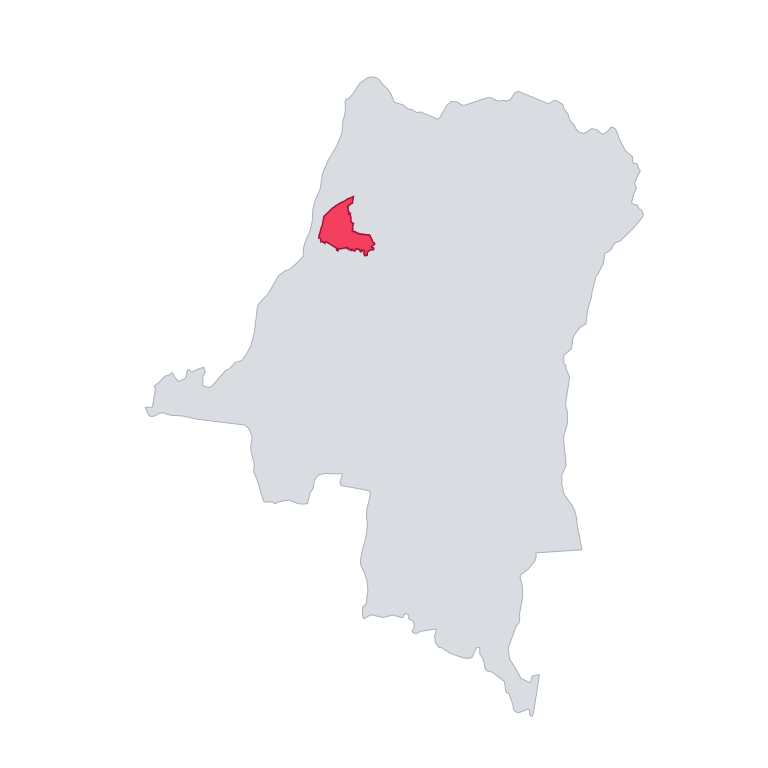 location of Bolomba, Équateur, Democratic Republic of the Congo, rotated 8°
{"feature_id": "63176286B53001735211155", "entity_name": "Bolomba", "entity_type": "district", "adm_level": 2, "iso_a3": "COD", "parent_name": "Democratic Republic of the Congo", "parent_adm1": "Équateur", "projection": "equal_earth", "projection_center": [19.536, 0.592], "detail": "fine", "context": "in_parent", "style": "filled", "palette": "rose", "viewbox_px": 768, "rotation_deg": 8, "n_neighbors": 0, "source": "geoboundaries", "source_scale": "gbopen_adm2", "svg_char_len": 8936}
<svg xmlns="http://www.w3.org/2000/svg" viewBox="0 0 768 768"><g transform="rotate(8 384 384)"><path d="M603.1,520.6L557.9,530.1L558.7,533.6L558.3,537.2L557.1,540.0L552.4,547.5L545.5,554.4L545.5,556.0L548.8,563.7L550.9,574.2L550.2,592.8L551.1,597.8L550.9,601.7L548.5,606.0L543.7,628.3L546.7,639.0L555.4,649.1L560.5,656.5L569.3,659.2L570.7,658.8L571.3,652.6L578.3,650.2L577.8,689.7L577.3,692.0L576.0,692.5L574.3,691.2L573.8,687.4L572.0,685.8L563.4,690.7L561.2,690.6L558.9,689.7L557.2,687.7L556.7,684.7L550.9,673.2L547.9,672.4L544.7,662.0L531.3,654.4L526.2,653.8L523.5,651.5L520.9,643.3L516.5,638.1L515.5,632.2L514.6,631.4L511.9,632.6L509.5,641.8L506.4,644.0L500.9,644.2L487.1,641.5L477.2,636.8L474.7,637.1L470.7,632.8L469.2,625.7L470.1,620.2L469.4,619.4L454.3,624.0L450.6,626.8L447.2,626.1L446.2,624.6L447.7,620.8L447.0,616.7L445.9,614.8L441.4,613.3L440.1,608.9L437.3,608.3L436.4,608.9L435.7,611.9L434.1,612.9L425.1,611.5L415.7,615.3L403.2,614.3L397.2,619.0L396.3,618.8L395.1,616.5L393.9,609.0L394.5,606.9L396.4,605.4L397.1,602.4L396.5,594.6L397.0,592.8L396.3,588.2L394.5,581.1L391.8,575.3L386.2,566.5L385.2,562.4L385.6,552.5L387.5,537.0L387.3,525.4L385.0,517.9L384.5,509.8L386.0,495.2L384.5,491.7L355.9,490.5L354.7,489.4L354.2,487.4L355.5,478.7L338.0,480.9L332.8,482.6L329.6,486.1L328.5,490.5L328.4,496.9L325.7,502.9L325.0,513.1L320.2,514.3L315.3,514.3L306.0,512.1L297.0,515.0L292.5,517.7L290.2,516.4L282.1,517.5L281.0,516.7L271.7,496.5L267.5,489.8L266.7,486.5L267.0,483.4L265.9,479.2L261.6,468.8L260.7,464.0L260.9,456.4L260.4,453.9L256.5,447.3L253.9,445.2L251.1,444.0L204.2,444.9L188.8,443.7L177.5,444.6L171.7,444.0L170.2,443.1L165.0,444.4L162.3,447.2L158.2,448.6L155.7,448.0L150.8,440.5L157.5,439.2L157.9,438.5L158.3,420.5L156.6,417.9L160.1,414.8L165.8,406.9L171.3,404.1L172.1,402.4L173.3,402.5L175.3,405.9L180.1,410.2L186.1,406.4L186.7,405.3L187.4,397.6L188.9,396.9L191.5,398.6L192.9,398.6L195.5,396.4L203.1,392.5L205.4,397.4L203.3,401.9L204.2,405.1L204.4,410.0L205.7,411.1L211.7,411.7L213.5,410.5L225.3,392.7L228.5,390.7L233.5,383.6L240.1,380.4L243.0,374.9L246.8,364.9L248.5,350.6L247.9,325.9L248.5,322.5L256.4,311.4L264.7,291.1L270.3,285.8L274.5,283.7L280.9,276.3L286.1,268.8L285.4,259.8L286.6,252.4L289.4,243.0L290.3,232.9L289.3,222.4L289.8,213.8L293.6,200.0L293.9,184.3L297.3,171.0L304.2,154.2L307.4,141.7L306.8,129.3L307.7,120.3L307.3,114.9L306.1,110.3L306.7,107.3L309.3,106.1L312.5,101.5L318.3,89.4L324.6,83.5L328.9,81.6L333.4,81.8L336.4,82.9L341.2,87.6L346.6,91.4L350.7,96.1L354.8,103.5L364.5,105.1L368.6,107.8L371.2,108.8L372.1,108.1L374.1,108.5L378.7,110.7L382.4,109.5L400.4,114.3L402.4,111.9L407.4,99.2L411.1,94.9L417.3,94.5L422.1,96.9L424.7,96.9L446.7,86.0L449.6,85.5L457.6,88.1L462.8,86.4L464.9,86.9L469.4,85.0L473.1,77.4L476.1,75.5L507.9,83.7L512.7,79.7L515.0,79.3L522.1,82.2L524.2,86.9L528.5,90.9L531.6,97.5L536.3,101.2L538.7,104.7L541.5,107.2L547.2,108.1L554.5,102.1L559.7,102.7L564.9,106.0L566.7,105.8L570.6,102.3L572.7,98.6L574.7,97.8L577.8,99.4L580.3,102.9L582.5,108.0L590.5,119.3L598.2,124.2L600.2,131.1L602.9,130.5L604.3,131.1L606.3,135.5L607.7,136.4L608.0,138.2L606.1,142.4L604.3,150.3L606.7,155.2L604.7,162.3L603.8,169.7L606.3,171.5L609.5,171.4L612.4,175.2L614.8,175.8L617.2,179.9L616.6,183.2L609.1,195.2L597.7,209.8L593.9,211.6L591.9,214.3L590.5,218.6L587.2,222.2L584.6,223.6L584.4,234.2L580.6,245.2L579.1,247.4L577.1,265.3L577.4,268.3L575.3,282.9L575.6,296.5L570.1,300.8L566.3,307.4L564.7,312.1L564.7,323.1L558.4,329.9L558.0,331.4L559.5,339.2L561.8,340.4L561.8,343.0L566.9,351.4L566.5,377.1L566.8,379.7L569.4,385.8L571.1,397.4L569.1,412.2L575.8,439.3L572.7,449.3L574.1,458.8L578.1,468.8L587.7,478.6L590.3,482.6L592.7,488.1L594.9,496.5L603.1,520.6Z" fill="#d9dde1" stroke="#a8b0b8" stroke-width="1"/><path d="M327.6,202.6L326.5,203.2L325.9,203.8L325.6,204.0L323.9,204.9L323.2,205.3L322.6,205.6L321.8,206.1L320.3,207.6L318.9,208.8L318.2,209.2L317.8,209.3L317.5,209.5L316.1,210.6L315.2,211.0L314.4,211.8L313.9,212.0L313.0,212.9L312.5,213.6L312.3,213.7L311.5,214.0L310.0,216.0L309.2,216.3L308.9,216.5L302.6,224.7L301.6,225.7L301.5,226.2L301.2,227.1L301.1,227.4L301.0,227.8L301.0,228.0L301.2,229.7L301.1,230.0L301.1,231.4L300.9,232.3L300.9,233.2L300.9,233.7L300.9,233.9L300.9,234.1L300.9,234.4L300.9,234.8L301.0,235.3L301.0,235.5L300.8,236.0L300.8,236.4L300.6,236.7L300.5,237.0L300.3,237.2L300.2,237.6L300.0,238.2L299.9,238.7L299.9,239.1L300.1,239.5L299.8,241.1L299.6,241.8L299.6,242.4L299.6,242.9L299.5,243.2L299.4,243.7L299.3,244.0L299.1,245.9L299.1,246.9L299.1,247.1L299.0,247.3L299.2,247.8L299.2,248.4L299.5,248.2L300.1,248.3L300.7,248.8L301.0,249.2L301.2,250.2L301.2,250.8L301.8,251.6L301.8,251.9L302.5,251.4L303.2,251.6L303.3,251.7L303.4,252.0L303.6,252.1L303.9,251.6L304.1,251.6L304.7,252.3L305.3,252.6L305.8,253.0L305.8,252.7L305.9,252.4L306.1,252.1L306.5,251.8L306.6,251.1L314.7,254.6L315.5,255.0L316.6,255.5L318.4,256.3L318.2,257.4L318.4,257.9L318.5,257.8L318.8,257.8L319.1,258.2L319.6,258.5L319.8,258.6L320.0,258.5L320.0,258.3L320.1,258.1L320.0,257.8L319.7,257.6L319.6,257.0L319.7,256.8L319.8,256.6L320.5,256.3L321.1,256.3L321.9,256.2L322.0,256.3L322.2,256.2L322.5,256.1L322.8,256.0L323.3,255.8L323.7,255.7L323.9,255.7L324.3,255.3L324.8,255.0L325.0,255.0L325.3,255.1L326.0,255.0L326.5,254.4L327.0,254.3L327.3,254.3L327.5,254.1L327.9,254.6L328.0,254.9L328.2,255.0L328.3,255.0L328.5,254.5L328.7,254.3L328.8,254.3L329.1,253.8L329.3,253.8L329.6,254.5L329.9,255.1L330.0,255.3L330.3,255.4L330.5,255.7L330.6,255.8L330.8,255.9L331.2,255.9L331.3,255.8L332.0,255.5L332.4,255.7L332.6,256.1L332.8,256.4L333.0,256.4L333.3,255.8L333.3,255.6L333.2,255.1L333.3,255.0L333.5,255.4L333.6,255.5L334.2,255.4L334.4,255.4L334.4,255.5L334.6,255.8L334.9,256.2L335.2,256.3L335.7,256.4L336.8,256.2L337.1,255.2L336.9,255.3L336.8,255.2L336.9,254.8L337.1,254.6L337.4,254.7L337.8,253.9L338.4,253.7L338.6,253.8L338.8,253.8L339.1,253.9L339.1,254.2L339.2,254.3L339.5,254.3L339.7,254.0L339.8,254.0L340.0,254.1L340.4,254.2L340.8,254.2L341.0,254.3L341.3,254.8L341.5,255.5L342.1,255.5L342.3,255.6L342.8,256.2L342.9,256.4L343.2,256.3L343.3,256.2L343.4,255.8L343.1,255.4L343.1,255.5L342.9,255.5L342.9,255.4L342.8,255.2L343.0,254.9L344.0,254.7L344.2,254.8L344.5,254.6L345.4,254.8L345.7,254.6L345.9,254.6L346.0,254.7L346.2,255.1L346.2,255.3L346.2,255.8L345.8,256.7L345.8,257.0L345.8,257.3L345.9,257.6L346.2,257.9L346.3,258.0L346.5,258.3L346.5,258.6L346.6,258.9L346.7,259.5L346.8,259.6L347.1,259.7L347.3,259.5L347.4,259.0L347.7,258.7L347.8,258.8L348.2,259.2L348.3,259.3L348.6,259.2L348.8,258.8L349.0,258.6L349.4,258.9L349.5,258.7L349.4,258.1L349.3,257.1L349.4,256.1L349.6,255.2L350.3,254.6L350.6,254.2L350.9,254.1L351.2,253.8L351.5,253.6L351.8,253.2L352.1,253.1L352.3,253.0L354.0,252.7L354.6,252.8L354.7,252.4L355.2,251.3L355.0,250.8L354.9,250.7L354.1,250.6L352.7,250.5L352.5,250.2L352.5,249.7L352.8,249.2L354.3,247.9L354.9,247.4L355.1,247.2L355.2,246.8L355.2,246.3L355.2,246.1L354.9,245.9L354.6,245.6L354.1,245.5L353.8,245.4L353.2,244.9L352.6,244.0L352.1,242.7L351.7,242.4L350.9,241.0L350.7,240.9L350.4,240.6L350.2,240.2L349.9,239.8L349.8,239.2L349.4,238.8L348.3,238.3L348.2,238.3L348.1,238.5L347.9,238.5L347.6,238.6L347.3,238.6L347.2,238.6L346.9,238.5L346.7,238.5L346.1,238.6L345.8,238.8L345.5,238.7L345.2,238.7L344.7,238.7L344.1,238.7L344.0,238.8L343.8,238.8L343.7,238.7L343.3,238.6L343.1,238.5L342.9,238.6L342.7,238.5L342.4,238.4L341.8,238.7L341.7,238.9L341.4,238.9L341.3,238.7L341.0,238.7L340.8,238.6L340.7,238.6L340.1,238.7L339.8,239.0L339.7,239.1L339.5,238.8L339.1,238.8L338.9,238.5L338.5,238.4L338.4,238.6L338.2,238.5L337.8,238.5L337.6,238.5L337.4,238.8L337.2,238.7L336.7,238.4L336.5,238.1L336.4,238.1L336.2,237.9L335.9,237.9L335.7,237.8L335.4,237.7L335.3,237.8L335.2,237.6L334.8,237.7L334.7,237.5L334.4,237.7L334.0,237.3L333.8,237.3L333.7,237.1L333.2,237.1L332.8,237.2L332.7,237.1L332.4,237.3L332.3,237.2L331.9,237.2L331.6,237.2L331.4,237.1L331.2,237.0L331.1,236.8L331.2,236.1L331.4,235.8L331.6,235.2L331.5,234.9L331.4,234.4L331.4,233.9L331.2,233.4L331.2,233.1L331.1,232.8L331.0,232.3L330.9,232.0L331.2,231.4L331.3,230.5L331.2,229.8L331.2,229.4L331.4,229.1L330.8,229.0L330.3,229.0L329.3,228.3L328.9,228.3L328.7,228.2L328.6,227.7L328.6,226.9L328.4,226.0L328.3,225.8L328.3,225.1L328.2,224.4L328.1,223.7L327.8,223.3L327.7,222.9L327.3,222.0L326.8,221.5L326.9,221.2L326.9,220.4L327.0,220.2L327.1,219.7L326.8,219.7L326.2,219.8L325.9,220.2L325.3,220.6L325.1,220.8L325.0,221.3L325.0,220.9L325.3,220.0L325.4,219.3L325.4,218.8L325.3,218.2L325.2,217.9L324.5,218.0L324.2,217.9L324.1,217.1L324.2,216.0L324.2,215.2L324.1,214.9L323.6,214.4L323.6,214.1L323.8,213.8L323.7,213.8L323.6,213.7L323.3,213.5L323.7,213.1L323.6,212.5L323.7,212.2L323.9,211.8L324.0,211.7L324.2,211.4L324.3,211.4L324.6,211.4L324.9,211.6L325.0,211.6L325.4,211.4L325.6,211.1L325.7,210.7L325.9,210.3L326.3,209.9L326.5,209.9L327.3,209.4L327.5,209.4L327.6,209.0L327.5,208.3L327.6,205.2L327.5,204.5L327.6,204.2L327.6,202.6Z" fill="#f43f5e" stroke="#9f1239" stroke-width="1.5"/></g></svg>